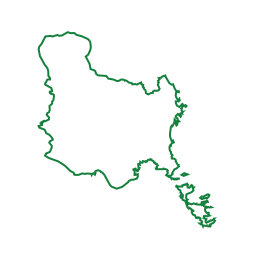 Aceh Besar, Aceh, Indonesia (Mercator projection), rotated 189°
{"feature_id": "22746128B90547447297479", "entity_name": "Aceh Besar", "entity_type": "district", "adm_level": 2, "iso_a3": "IDN", "parent_name": "Indonesia", "parent_adm1": "Aceh", "projection": "mercator", "projection_center": [95.268, 5.409], "detail": "fine", "context": "isolated", "style": "outline", "palette": "green", "viewbox_px": 256, "rotation_deg": 189, "n_neighbors": 0, "source": "geoboundaries", "source_scale": "gbopen_adm2", "svg_char_len": 5580}
<svg xmlns="http://www.w3.org/2000/svg" viewBox="0 0 256 256"><g transform="rotate(189 128 128)"><path d="M205.6,87.7L201.6,86.0L191.6,84.1L184.4,80.9L178.0,76.4L174.8,75.4L174.0,74.6L174.0,73.7L172.9,73.4L169.4,74.0L166.0,76.0L163.6,75.9L160.6,76.8L157.7,76.9L156.9,76.7L156.5,76.0L156.1,77.3L155.0,77.9L153.4,76.7L153.0,78.4L153.6,79.6L153.4,80.3L150.9,81.6L149.1,81.3L148.1,80.7L148.8,80.7L146.2,79.8L144.0,78.0L136.8,68.8L135.0,67.5L129.7,66.3L124.6,68.9L119.3,74.6L119.0,75.7L116.3,77.6L114.7,77.7L111.4,79.4L110.7,81.3L111.0,83.8L113.0,83.0L113.2,83.5L114.2,82.8L114.6,86.1L115.0,87.1L116.0,87.3L116.2,88.0L114.2,89.1L112.2,86.7L111.5,87.2L111.6,88.3L110.6,88.8L110.4,90.3L111.4,90.2L112.2,93.6L110.8,93.5L111.3,94.2L110.9,94.2L110.6,95.2L110.6,96.4L109.8,95.8L108.3,96.0L108.1,97.6L106.4,97.5L104.8,98.2L104.8,97.4L104.0,97.9L103.2,99.7L101.1,100.1L101.0,100.7L99.9,100.6L99.7,99.8L97.7,99.3L96.6,97.7L95.8,98.0L95.2,96.9L93.9,97.0L93.3,95.8L92.7,95.7L93.6,94.1L93.1,93.2L93.3,92.2L94.0,92.2L93.7,91.7L86.9,92.8L86.5,93.5L82.8,92.9L82.0,92.1L82.4,91.0L81.8,90.6L81.7,89.3L82.9,87.4L80.1,86.1L79.2,86.1L79.7,87.3L78.2,87.6L76.7,89.6L77.3,90.4L75.6,94.5L73.9,95.5L71.7,98.0L72.3,98.5L72.2,99.4L73.1,99.4L75.5,102.4L75.9,104.0L77.6,104.9L79.6,104.7L79.7,105.4L80.2,105.4L80.5,106.9L79.8,108.1L81.5,109.3L81.8,111.0L83.0,112.0L83.9,114.5L84.0,116.3L82.8,116.6L82.6,116.2L82.7,116.7L83.5,116.9L83.5,118.0L82.8,118.4L82.5,119.7L80.5,120.9L81.6,122.6L82.1,121.8L82.9,122.0L84.8,125.4L85.6,128.5L85.8,135.8L85.1,137.1L84.5,136.6L84.1,137.2L83.1,141.1L83.3,143.7L81.5,142.3L81.6,139.8L80.6,138.1L80.0,138.8L79.8,142.0L78.5,142.5L80.0,143.6L80.7,145.2L82.4,145.9L82.7,147.2L81.0,149.7L77.8,147.3L77.5,148.1L78.6,148.3L78.1,148.9L79.0,149.9L78.3,150.7L76.7,150.6L77.1,151.3L76.3,152.5L77.0,152.2L77.0,152.9L77.8,153.5L77.9,155.1L78.4,155.5L77.9,155.6L77.7,157.2L76.1,159.1L77.2,159.3L78.0,160.3L78.8,159.5L79.0,158.4L80.9,156.9L83.0,157.7L84.6,159.9L84.9,161.7L84.3,161.6L82.9,162.5L82.1,162.2L81.2,163.4L81.8,164.9L82.6,163.6L83.9,164.3L85.3,166.0L86.0,167.7L86.0,170.9L85.5,171.4L83.4,171.3L83.6,172.3L84.6,171.9L86.4,172.4L88.0,174.2L90.3,178.2L91.5,177.6L94.1,178.7L98.9,184.5L99.3,185.7L102.3,184.2L103.2,182.8L105.5,182.1L104.5,180.9L105.8,179.3L104.8,178.0L105.3,177.6L104.9,176.4L105.3,175.4L102.9,171.7L103.7,169.9L105.1,169.3L107.6,169.1L109.1,167.9L109.0,166.5L110.6,166.2L113.3,164.3L115.7,165.3L116.7,168.2L118.6,169.3L118.6,170.4L119.9,171.0L119.6,172.8L120.6,173.4L121.3,173.1L121.7,173.4L122.2,175.0L126.0,172.3L128.3,172.5L130.5,171.7L131.2,172.9L134.1,173.0L136.9,174.5L138.0,174.7L138.6,174.2L140.0,175.1L142.6,174.7L144.3,173.2L145.9,172.6L149.9,173.6L155.1,173.7L157.7,176.0L165.8,175.3L167.8,176.3L169.5,179.4L174.2,180.4L176.1,185.5L180.9,191.9L178.8,194.2L177.4,199.4L177.4,202.2L178.6,206.5L179.8,208.3L181.6,209.6L188.0,211.4L193.5,211.9L195.8,213.4L199.5,212.7L202.6,213.2L207.7,209.0L210.4,208.3L212.3,208.8L217.1,206.5L218.8,206.9L223.9,205.5L226.4,197.9L228.4,194.3L228.5,191.6L226.2,185.2L220.2,177.5L217.0,174.5L215.7,171.9L214.8,167.1L212.7,164.9L212.7,163.7L214.9,163.4L215.6,162.6L216.0,160.3L216.7,159.6L216.6,157.9L210.0,155.5L208.6,152.6L209.1,152.0L210.9,151.7L210.8,150.7L209.6,149.7L207.4,149.7L206.2,148.8L206.0,144.0L207.1,142.0L206.7,140.2L209.0,137.4L208.1,133.7L208.5,131.2L210.0,130.1L210.4,128.3L207.7,126.1L207.5,124.0L211.1,121.6L212.0,122.0L214.4,120.1L213.4,119.8L214.4,118.8L213.6,118.6L213.4,117.5L216.6,115.9L215.5,114.4L211.1,113.6L209.7,112.9L208.0,110.1L204.9,109.1L202.5,107.4L200.5,105.2L200.5,104.6L203.1,102.5L203.5,101.2L200.4,98.4L200.3,96.6L201.2,92.8L201.8,91.9L204.8,90.1L205.6,87.7ZM39.5,44.3L38.5,42.6L38.3,43.5L35.7,43.5L34.7,44.2L33.8,43.4L31.3,43.6L31.1,44.1L32.2,44.5L32.2,45.3L28.8,47.7L27.5,49.9L29.0,51.1L31.4,49.5L32.1,49.7L32.9,48.5L34.0,48.4L34.1,47.8L35.8,46.7L36.6,47.3L36.8,48.8L36.3,50.3L39.3,50.8L39.2,52.7L38.5,52.6L38.1,53.3L37.4,53.4L36.2,53.1L34.2,54.0L34.7,54.1L34.4,54.9L35.4,55.5L34.6,57.4L35.8,56.4L37.0,56.5L38.9,58.4L39.2,59.6L39.1,60.9L35.4,62.8L36.5,62.4L40.6,62.6L41.8,64.0L41.8,64.6L40.7,65.3L40.6,65.9L39.1,66.6L38.7,67.5L37.7,67.5L38.2,68.4L43.6,66.3L43.6,64.0L42.0,64.0L43.2,63.2L44.4,63.9L46.2,63.3L48.5,63.3L48.6,63.9L49.5,63.4L51.5,63.8L53.3,62.5L57.4,63.5L58.4,64.8L58.8,64.6L59.5,63.9L58.4,62.2L56.3,62.9L56.3,62.3L58.3,61.6L57.0,59.2L55.9,59.1L55.9,58.1L55.2,57.7L54.1,58.5L52.5,57.6L52.4,57.0L50.6,56.7L50.4,56.3L51.9,55.5L51.9,54.7L50.3,52.6L48.2,52.3L46.7,49.8L45.7,49.8L45.4,50.6L44.7,50.8L43.6,50.6L43.5,50.1L42.4,50.2L42.1,49.2L42.4,48.4L40.4,47.4L40.2,46.4L40.9,45.1L42.2,44.9L41.0,44.2L39.5,44.3ZM60.7,65.1L58.8,65.4L58.0,66.5L58.7,66.6L59.7,68.3L59.9,71.7L55.5,74.3L53.6,76.4L54.3,78.3L53.6,79.7L55.1,79.6L55.3,81.0L56.2,81.6L57.1,80.6L57.8,78.6L59.7,78.6L60.2,79.4L59.9,81.4L60.9,82.2L61.3,81.2L61.9,81.0L62.5,81.4L63.4,80.5L64.1,80.6L64.5,80.0L65.3,79.9L65.3,78.6L69.8,78.0L71.9,78.9L71.1,78.4L71.2,77.7L70.2,77.3L68.6,75.3L67.0,74.8L66.2,74.0L66.2,72.5L65.5,72.3L64.9,71.1L65.3,70.1L64.0,70.9L63.2,70.2L63.2,68.4L65.1,68.1L65.0,67.5L63.3,67.2L62.8,65.6L60.7,65.1ZM43.9,69.3L40.6,71.0L39.7,71.1L39.2,70.6L37.5,72.8L37.2,74.6L38.2,75.0L39.5,74.7L39.7,74.0L41.2,73.4L43.1,71.9L44.3,72.0L45.8,70.3L43.9,69.3ZM65.4,92.2L67.8,90.1L65.5,89.4L61.9,91.5L65.4,92.2ZM74.3,84.4L71.6,84.9L69.1,86.3L73.6,85.2L76.8,85.1L74.3,84.4ZM74.6,157.9L73.8,158.3L73.7,159.0L74.7,159.5L75.1,158.5L74.6,157.9ZM78.3,85.7L77.4,84.9L77.4,85.4L78.3,85.7ZM34.0,63.1L34.2,62.5L33.2,62.8L34.0,63.1ZM28.7,52.0L29.1,51.9L29.1,51.5L28.7,52.0Z" fill="none" stroke="#15803d" stroke-width="2"/></g></svg>